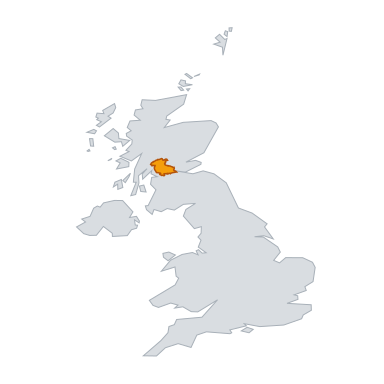 where Stirling sits in United Kingdom, rotated 356°
{"feature_id": "GBR-2016", "entity_name": "Stirling", "entity_type": "Unitary District", "adm_level": 1, "iso_a3": "GBR", "parent_name": "United Kingdom", "parent_adm1": "", "projection": "robinson", "projection_center": [-4.325, 56.249], "detail": "fine", "context": "in_parent", "style": "filled", "palette": "amber", "viewbox_px": 384, "rotation_deg": 356, "n_neighbors": 0, "source": "natural_earth", "source_scale": "10m", "svg_char_len": 5319}
<svg xmlns="http://www.w3.org/2000/svg" viewBox="0 0 384 384"><g transform="rotate(356 192 192)"><path d="M210.0,301.3L189.4,312.0L182.9,311.3L174.9,305.9L166.6,306.6L170.1,303.8L163.0,301.3L150.5,304.8L145.2,302.4L141.9,297.1L168.7,283.5L172.7,277.0L170.3,274.9L169.8,265.6L155.9,268.9L165.8,258.6L177.8,253.6L188.2,252.4L193.7,255.1L192.0,251.0L194.4,250.0L197.9,253.7L201.9,253.6L194.4,247.4L197.6,240.7L194.8,237.3L198.2,233.8L198.9,227.2L191.8,228.7L181.7,215.4L184.7,209.0L194.7,203.6L182.6,203.7L173.1,208.8L166.1,206.8L159.9,209.5L152.9,206.8L150.7,211.6L145.4,206.5L144.5,202.6L147.3,202.5L156.2,187.3L151.2,181.4L152.8,174.6L158.4,174.3L152.4,171.0L153.4,167.8L143.7,175.8L143.6,170.6L148.8,165.6L139.8,172.0L139.7,179.3L135.6,190.6L130.7,191.4L137.0,178.4L134.2,178.1L136.4,165.1L144.5,150.1L133.7,156.8L122.6,151.3L132.0,147.3L129.0,145.8L135.3,139.9L136.0,136.0L130.7,131.7L130.5,129.0L135.6,126.7L131.9,123.1L135.1,116.8L145.4,116.8L139.6,111.2L141.3,106.2L148.9,105.5L147.0,101.9L148.7,96.5L162.0,98.1L193.4,94.5L189.8,103.8L172.1,114.5L171.1,117.7L175.2,118.7L168.8,125.8L188.1,121.9L216.0,122.1L220.8,124.8L222.9,128.9L206.6,153.7L188.0,161.8L197.8,160.7L203.2,163.1L202.8,165.0L186.8,171.7L176.9,169.7L194.2,173.9L204.6,171.7L215.2,175.4L226.8,185.2L237.2,211.2L250.5,217.2L264.7,229.0L261.9,231.9L269.8,244.5L260.6,240.6L251.3,241.0L260.0,241.9L273.7,252.8L275.9,258.1L268.7,265.9L274.4,268.8L280.9,264.0L297.9,265.3L307.3,270.5L309.6,275.8L306.5,289.8L298.0,294.3L299.1,298.2L286.7,301.7L290.2,302.9L290.2,306.5L279.0,309.7L303.0,312.8L302.8,318.3L294.4,322.4L292.5,326.1L274.3,331.1L250.3,331.0L234.9,327.0L236.9,329.3L220.1,332.2L221.8,335.2L220.0,336.0L196.6,332.5L186.8,335.1L180.2,347.0L167.6,342.3L154.6,345.5L145.1,353.1L132.0,352.0L150.6,338.1L158.2,330.7L159.6,324.6L165.1,323.1L167.8,318.1L193.2,317.6L210.0,301.3ZM124.4,231.0L109.5,230.8L109.6,227.6L101.2,220.2L93.6,228.5L86.9,228.2L81.1,226.0L74.4,218.8L83.7,214.5L80.1,211.3L88.6,209.2L92.8,201.3L96.6,199.4L99.3,200.7L103.0,196.7L114.1,195.0L122.2,195.7L131.7,207.7L127.9,213.1L134.9,212.4L137.5,217.3L137.1,219.1L132.7,215.8L133.1,221.0L135.4,221.3L134.2,224.3L129.0,225.4L124.4,231.0ZM121.8,102.5L118.8,107.7L113.5,110.5L116.4,112.7L104.2,120.7L101.3,118.8L106.5,115.6L102.0,113.2L103.7,111.8L101.3,110.5L102.8,106.7L109.6,107.7L108.6,104.4L120.9,98.4L121.8,102.5ZM122.7,128.0L122.8,133.6L133.5,136.2L126.1,141.6L125.1,136.9L118.5,136.9L108.5,129.8L117.8,123.2L122.7,128.0ZM230.5,36.6L235.3,42.1L237.6,41.4L232.4,57.7L232.5,49.7L224.0,46.0L230.5,44.5L226.0,39.9L230.5,36.6ZM130.7,162.3L118.3,163.8L122.4,158.0L118.3,155.7L123.3,153.4L131.2,158.0L130.7,162.3ZM164.7,250.3L171.0,253.7L163.3,258.9L159.0,255.1L158.7,251.2L164.7,250.3ZM122.4,174.6L123.3,182.7L118.2,184.2L118.4,179.0L113.9,181.5L115.8,176.8L122.4,174.6ZM193.3,80.7L192.9,83.5L199.9,85.0L190.7,86.1L186.4,83.1L188.8,79.4L193.3,80.7ZM146.2,188.8L140.9,187.9L140.0,182.4L144.4,181.7L146.2,188.8ZM243.5,333.3L239.1,336.4L231.5,334.0L237.5,330.8L243.5,333.3ZM126.1,178.0L123.8,175.7L131.9,169.0L130.2,172.4L126.1,178.0ZM98.4,122.7L101.0,124.3L98.9,127.1L91.3,125.1L98.4,122.7ZM97.1,139.5L94.0,139.0L93.5,131.6L96.8,131.9L97.1,139.5ZM237.8,39.4L235.0,36.8L236.5,33.5L238.8,34.5L237.8,39.4ZM200.5,78.1L198.6,78.9L193.2,74.1L194.9,73.4L200.5,78.1ZM190.8,89.8L188.2,90.1L185.5,86.4L188.3,86.5L190.8,89.8ZM243.5,30.9L242.5,34.5L240.3,34.1L240.4,30.9L243.5,30.9ZM207.3,75.7L202.0,76.9L207.8,74.9L207.3,75.7ZM119.4,144.0L117.8,144.3L115.8,142.4L118.4,141.4L119.4,144.0ZM196.9,88.8L195.1,90.9L193.7,88.9L196.9,88.8ZM113.4,154.0L110.2,154.9L114.5,152.8L113.4,154.0ZM93.1,143.9L91.1,144.3L90.2,143.7L92.3,142.3L93.1,143.9Z" fill="#d9dde1" stroke="#a8b0b8" stroke-width="1"/><path d="M175.8,169.3L177.2,170.1L177.4,170.3L177.6,170.4L178.1,171.0L177.4,171.0L176.1,171.2L173.8,171.4L172.3,171.8L171.7,172.2L171.6,171.8L170.1,171.8L169.5,172.3L169.1,172.4L168.9,172.4L168.7,172.3L168.8,171.9L168.7,171.7L168.3,171.8L168.2,172.1L167.9,172.2L167.4,171.9L166.2,171.9L165.6,171.8L165.3,172.0L165.8,172.9L165.8,173.5L165.6,173.7L165.0,173.8L163.6,173.2L162.9,173.4L162.5,173.2L162.0,172.6L161.3,172.4L161.0,172.0L161.1,171.7L162.0,171.3L162.0,171.2L161.6,170.9L160.4,170.7L159.9,170.4L159.2,170.4L158.6,170.2L158.1,170.2L157.8,169.9L157.3,168.8L156.5,167.4L156.2,166.6L156.1,165.9L156.1,165.2L156.2,164.9L156.3,164.5L156.6,164.3L156.7,164.2L156.4,163.7L156.9,163.0L155.6,162.8L155.3,162.8L155.1,162.8L153.9,163.1L153.8,162.9L154.0,162.6L154.0,162.4L152.7,161.8L152.6,161.6L153.2,160.9L153.3,160.7L153.4,160.4L154.1,159.9L155.2,159.6L155.2,159.2L155.7,158.9L156.6,158.9L157.2,158.5L158.1,157.9L158.9,157.7L159.7,157.7L159.9,157.5L159.9,157.3L160.1,157.1L160.4,157.1L160.8,157.4L161.1,157.4L162.9,156.9L163.8,156.5L164.5,156.7L165.2,158.1L165.3,158.1L165.4,158.3L166.5,158.0L167.9,157.4L168.4,157.3L168.6,157.4L169.2,157.6L169.8,158.7L169.1,158.8L168.5,159.1L167.6,159.0L167.7,160.9L167.5,161.1L167.3,161.3L166.8,161.3L166.7,161.5L166.7,162.0L167.0,162.2L166.9,162.8L168.0,163.6L169.2,163.8L169.7,164.3L170.1,164.4L170.4,164.1L170.6,164.1L171.0,164.4L172.1,164.6L172.9,165.1L174.2,165.6L174.8,166.2L175.6,166.1L175.8,166.1L175.8,166.7L176.0,166.9L176.0,167.1L175.7,167.9L175.4,168.3L175.2,168.7L175.3,169.0L175.6,169.3L175.8,169.3Z" fill="#f59e0b" stroke="#b45309" stroke-width="1.5"/></g></svg>